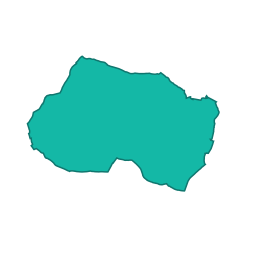 outline of Banisor, Salaj, Romania, rotated 219°
{"feature_id": "2599482B3406770418233", "entity_name": "Banisor", "entity_type": "district", "adm_level": 2, "iso_a3": "ROU", "parent_name": "Romania", "parent_adm1": "Salaj", "projection": "mercator", "projection_center": [22.832, 47.107], "detail": "fine", "context": "isolated", "style": "filled", "palette": "teal", "viewbox_px": 256, "rotation_deg": 219, "n_neighbors": 0, "source": "geoboundaries", "source_scale": "gbopen_adm2", "svg_char_len": 5752}
<svg xmlns="http://www.w3.org/2000/svg" viewBox="0 0 256 256"><g transform="rotate(219 128 128)"><path d="M137.3,191.6L137.4,190.9L137.9,189.5L138.1,189.1L138.4,188.9L139.1,188.7L139.4,188.5L139.7,188.1L139.9,187.8L140.5,187.1L141.5,186.3L143.7,184.9L144.9,184.4L146.0,183.9L146.5,183.3L147.7,182.3L148.6,181.5L149.6,180.5L150.8,179.5L153.5,177.3L155.4,176.1L155.5,176.0L157.0,175.1L157.3,174.8L158.1,173.7L159.3,172.6L160.6,171.7L160.9,171.6L161.3,171.5L162.9,171.1L164.3,170.7L164.9,170.3L165.3,170.0L168.8,169.3L172.5,168.3L178.1,166.0L179.3,165.4L181.0,164.7L182.4,164.3L183.4,164.0L183.7,163.9L184.0,164.2L184.7,164.3L186.9,164.3L187.3,164.3L188.8,163.6L190.6,162.5L191.2,162.2L193.2,161.6L193.6,161.4L195.5,160.6L197.3,160.2L197.9,159.9L198.8,159.1L199.2,158.8L201.2,158.1L202.2,157.3L202.9,156.5L203.1,156.1L203.6,155.7L204.3,155.4L205.3,155.0L205.7,155.0L205.9,154.8L206.3,154.8L206.8,154.8L208.0,155.0L208.4,155.0L208.7,154.9L208.9,154.6L209.2,153.5L209.3,152.7L209.4,151.9L209.4,151.0L209.3,150.1L209.2,149.2L209.3,148.6L209.2,147.9L209.5,146.8L209.3,146.5L209.4,145.8L208.5,145.6L208.7,145.1L208.9,144.2L209.2,143.4L209.7,140.5L209.5,138.6L209.3,137.4L208.8,136.0L208.0,134.6L207.8,134.2L206.8,133.0L206.6,132.5L206.4,131.4L206.1,130.0L205.9,128.2L205.6,126.7L205.4,123.2L204.9,120.7L204.9,120.3L204.7,119.9L204.6,119.1L204.5,118.2L204.3,117.7L204.1,117.5L203.9,116.4L203.6,115.8L203.4,115.3L203.4,115.0L202.9,112.5L204.2,110.7L204.5,110.3L205.7,108.7L206.5,107.6L206.9,107.1L207.2,106.7L207.9,106.0L208.6,105.4L209.2,105.0L209.6,104.4L209.8,104.3L210.1,104.0L210.1,103.6L210.3,103.2L210.8,102.9L211.2,102.1L211.4,101.8L211.4,101.0L211.3,100.8L211.3,100.5L211.5,100.3L211.4,99.7L211.4,99.4L211.5,99.2L211.1,98.5L211.0,98.1L211.0,97.9L210.5,96.6L210.3,96.5L210.2,95.9L209.9,95.6L209.8,94.9L209.8,94.3L209.5,93.7L209.3,93.5L209.3,93.2L209.7,92.8L209.5,92.0L209.6,91.9L209.6,91.6L209.2,89.3L208.9,87.4L208.9,86.8L209.1,86.1L209.3,85.5L209.5,85.2L209.7,84.4L210.1,83.6L211.3,80.6L209.7,77.5L209.5,76.8L209.2,75.2L209.1,73.3L208.7,70.9L208.7,69.7L208.9,68.1L204.4,65.1L203.8,64.6L203.2,64.4L202.6,63.8L202.1,63.2L201.3,62.0L201.5,61.6L201.7,61.2L199.4,59.7L198.6,59.0L197.8,58.6L197.4,58.2L197.0,58.6L196.7,59.1L196.3,58.5L195.6,57.9L195.0,57.2L193.9,56.3L193.5,56.2L191.9,55.3L191.8,55.1L192.1,53.3L189.7,52.7L187.9,52.1L187.5,52.1L187.4,52.5L187.0,53.0L186.4,54.3L182.5,54.5L180.7,54.3L179.8,54.3L179.0,54.6L178.0,55.1L177.7,55.0L176.9,54.6L174.2,53.2L173.3,53.0L172.5,53.1L171.7,53.6L171.2,53.7L170.0,53.9L169.5,53.9L169.2,54.0L168.2,54.2L167.5,54.2L165.5,54.2L164.7,54.1L163.9,54.1L162.8,53.8L162.1,53.6L161.4,53.5L160.6,53.5L159.9,53.6L159.7,53.7L159.6,53.8L159.2,53.8L151.7,56.1L147.7,57.0L146.5,57.5L146.1,57.5L145.8,58.2L145.2,58.8L144.5,59.5L142.6,60.7L140.4,61.9L136.9,64.3L136.1,64.9L132.5,68.2L130.9,70.0L130.6,70.4L130.3,70.7L130.1,70.9L130.0,71.0L129.1,71.3L128.8,71.5L127.6,72.4L126.1,73.3L125.3,73.9L124.0,74.9L123.5,75.2L121.2,77.3L119.7,78.4L118.3,79.4L116.0,81.2L117.3,88.2L117.4,88.7L117.5,89.0L117.7,89.7L117.8,90.7L117.8,91.3L117.5,91.3L117.5,91.6L117.6,93.2L117.8,97.7L115.7,98.2L115.1,98.5L111.9,100.3L110.2,100.9L109.4,101.5L108.9,102.0L107.3,103.2L106.4,104.2L105.5,104.9L104.7,105.4L104.3,105.5L103.4,105.4L102.1,105.4L100.6,105.3L99.2,105.3L98.5,105.2L95.9,104.9L93.7,104.5L92.3,104.1L91.8,103.9L87.8,101.4L86.4,100.3L84.6,99.6L84.2,99.6L83.7,99.5L83.4,99.5L82.8,99.5L81.5,99.5L81.0,99.6L80.5,99.5L80.3,99.4L80.1,99.5L79.7,99.6L78.9,99.7L78.0,100.1L76.7,100.4L76.4,100.6L75.4,101.0L74.6,101.1L73.9,101.4L73.4,101.7L73.0,101.8L72.3,102.3L71.4,102.6L70.7,103.1L69.1,103.7L68.5,103.7L67.6,104.1L66.4,104.9L65.7,105.5L65.1,106.2L64.8,106.9L64.1,107.5L63.8,108.1L63.3,108.4L63.0,109.0L62.9,109.0L62.3,108.9L61.9,108.7L60.6,108.6L60.3,108.4L59.7,108.5L59.2,108.9L57.1,109.1L56.5,109.3L53.8,109.7L52.4,110.1L50.5,110.9L50.0,111.2L49.4,111.7L47.4,112.7L45.7,113.8L44.5,114.7L44.6,115.2L45.1,116.5L46.1,119.4L47.4,123.0L47.9,124.4L48.3,127.4L48.2,129.0L47.4,134.0L47.2,136.0L46.8,138.2L46.6,139.8L46.1,141.8L46.0,142.7L45.9,144.4L45.7,144.7L45.0,148.4L46.0,148.5L47.0,149.3L48.4,150.6L48.7,151.0L49.6,152.4L50.5,153.5L51.0,154.6L51.4,155.9L51.7,156.4L52.1,156.7L51.1,157.8L51.1,158.1L50.4,158.3L50.3,158.6L49.7,158.9L50.4,164.2L51.9,168.4L53.2,171.5L53.3,171.4L53.8,171.3L54.8,171.1L55.4,170.9L55.8,170.6L56.1,171.0L56.8,171.1L56.1,171.7L55.9,172.2L55.9,172.4L57.7,176.1L59.1,178.9L59.5,179.6L59.9,179.9L60.1,180.1L60.2,180.5L60.8,181.3L61.2,181.9L61.5,182.8L61.8,182.9L63.3,186.0L63.6,186.3L64.0,186.2L64.2,186.4L65.5,187.9L65.7,188.1L65.8,188.5L66.3,189.3L66.1,191.8L66.2,193.0L66.1,193.9L66.8,196.8L67.3,197.7L69.4,198.7L69.8,199.0L70.4,199.6L70.6,199.6L70.8,199.7L71.1,200.0L71.4,200.1L71.7,200.1L72.1,200.2L75.3,202.2L75.9,202.5L75.9,203.3L75.8,203.9L80.2,203.1L85.5,202.0L87.2,202.5L87.1,201.2L86.9,201.0L86.4,200.5L86.1,200.5L85.7,200.5L86.6,199.6L88.0,199.0L88.7,198.3L89.2,197.8L89.3,197.5L89.3,197.4L88.9,195.9L88.9,195.6L88.9,195.4L95.9,191.6L95.8,191.4L95.5,191.0L95.9,190.8L96.3,190.6L96.6,190.6L96.9,190.9L98.1,190.4L98.6,190.7L98.8,191.4L99.0,191.6L99.5,191.1L101.4,187.8L102.8,189.3L103.6,189.8L104.2,190.1L104.5,190.1L105.1,190.3L105.5,190.7L106.1,190.6L107.3,192.0L107.6,192.4L107.8,192.6L108.3,192.5L108.8,192.1L109.2,191.9L110.0,192.0L110.3,192.2L111.2,192.2L111.6,191.9L112.2,192.1L112.5,192.0L113.1,192.0L113.5,191.9L113.9,191.8L114.2,191.4L114.4,191.3L114.7,191.3L115.0,191.4L116.2,191.5L117.7,191.3L118.6,191.1L119.9,191.0L120.1,191.0L121.0,191.3L122.2,190.9L123.3,190.8L123.7,190.9L124.8,190.9L125.2,191.0L126.3,191.4L126.7,191.7L127.2,191.9L128.5,192.2L129.2,192.1L130.1,191.6L130.5,191.5L131.9,191.7L134.2,191.7L135.8,191.6L137.3,191.6Z" fill="#14b8a6" stroke="#0f766e" stroke-width="1.5"/></g></svg>